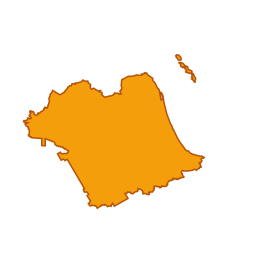 the district of Hinchinbrook, Queensland, Australia, rotated 324°
{"feature_id": "25037944B17459590153092", "entity_name": "Hinchinbrook", "entity_type": "district", "adm_level": 2, "iso_a3": "AUS", "parent_name": "Australia", "parent_adm1": "Queensland", "projection": "robinson", "projection_center": [146.068, -18.658], "detail": "fine", "context": "isolated", "style": "filled", "palette": "amber", "viewbox_px": 256, "rotation_deg": 324, "n_neighbors": 0, "source": "geoboundaries", "source_scale": "gbopen_adm2", "svg_char_len": 5772}
<svg xmlns="http://www.w3.org/2000/svg" viewBox="0 0 256 256"><g transform="rotate(324 128 128)"><path d="M47.3,61.4L47.6,61.7L47.5,62.5L47.8,63.2L49.9,64.8L47.0,64.5L46.8,66.2L47.9,68.5L47.3,69.0L47.4,69.9L46.7,70.3L47.0,71.3L46.8,72.2L45.0,74.0L44.4,75.3L43.9,75.4L43.3,75.1L43.0,75.8L43.7,78.1L44.5,78.2L44.4,79.3L52.1,85.8L47.9,91.5L50.6,93.8L54.7,88.0L59.8,95.7L60.0,97.0L59.2,98.7L59.7,99.6L60.0,100.9L60.9,101.5L61.1,102.3L61.7,102.5L61.9,103.0L62.3,103.2L62.4,103.8L64.1,105.0L63.8,106.0L64.1,106.3L64.2,107.3L64.8,107.4L64.7,108.0L65.2,108.5L65.8,110.3L66.5,111.3L65.9,112.2L65.3,112.1L64.7,112.5L64.0,112.6L63.9,112.8L58.9,109.6L59.1,107.8L55.8,107.4L55.0,114.8L57.2,115.1L57.3,115.6L58.0,116.2L57.8,117.3L60.4,117.6L57.2,151.0L56.9,151.0L56.9,151.5L55.8,151.5L55.8,152.5L55.3,152.9L55.0,154.0L55.8,154.9L56.6,155.0L57.1,155.9L57.4,156.5L57.1,157.1L57.2,158.4L55.6,158.8L55.2,158.6L54.7,163.8L55.0,164.4L54.8,164.9L53.7,165.4L53.5,165.7L52.3,165.8L51.7,165.6L51.4,166.0L51.6,166.4L51.3,168.3L52.1,169.2L53.5,169.2L53.7,169.7L54.8,170.5L55.5,171.6L56.2,171.9L56.0,174.9L60.1,175.1L60.8,175.4L61.1,174.7L62.5,175.3L62.5,175.6L63.0,175.9L63.3,176.5L64.1,176.1L64.7,177.1L65.1,178.1L65.1,179.5L67.3,180.2L68.3,181.4L69.2,180.5L70.5,180.3L71.0,179.8L71.3,179.8L71.0,183.2L86.6,185.0L87.2,179.1L89.2,180.1L89.6,180.1L89.6,179.9L90.2,179.5L91.6,181.0L92.0,181.1L91.8,181.8L91.9,182.7L92.8,183.2L93.0,183.9L93.3,184.1L95.7,183.7L96.8,184.3L98.1,184.5L98.3,184.8L99.0,184.7L100.5,182.8L100.8,183.6L102.6,185.8L102.6,188.4L101.8,189.3L101.4,190.2L103.3,191.0L104.2,192.1L104.4,193.1L106.0,194.2L106.5,194.0L106.8,193.6L106.7,192.5L107.2,192.1L108.2,193.0L109.1,193.3L110.2,194.2L111.2,193.5L111.6,193.7L112.5,193.6L113.2,192.0L113.6,192.3L114.5,191.7L114.8,190.6L115.0,190.6L116.4,191.3L116.9,191.9L117.0,192.7L118.2,193.0L118.7,194.1L118.4,194.7L118.6,195.1L118.8,195.2L119.3,194.7L119.8,195.4L120.2,195.5L120.9,194.9L121.4,194.8L121.8,195.5L123.3,196.9L125.2,197.7L125.8,197.5L126.3,196.6L127.1,196.7L127.1,196.1L128.8,195.3L129.8,195.3L130.1,195.0L130.8,195.4L131.9,195.3L132.4,196.1L133.2,196.1L133.6,196.4L134.0,196.3L134.2,195.6L134.9,195.1L135.6,196.1L135.7,196.7L136.1,196.6L137.3,197.4L137.2,197.6L137.6,197.5L137.7,198.4L138.1,198.7L138.7,198.7L138.9,199.2L139.8,198.9L140.9,199.3L141.2,199.0L143.3,200.4L144.4,200.5L144.1,199.9L144.4,198.9L144.2,198.5L145.1,197.0L144.5,196.3L145.2,195.3L146.9,194.2L147.8,195.5L150.2,197.4L155.3,200.1L157.2,200.4L157.8,200.7L158.7,202.5L159.4,202.1L161.0,202.3L161.9,202.6L162.9,201.8L163.3,202.3L164.3,202.6L164.4,201.6L165.1,200.0L164.8,199.0L165.0,198.2L165.5,198.0L166.4,198.8L166.9,198.9L168.5,198.0L168.5,196.6L169.0,196.2L170.3,196.2L171.3,196.8L172.3,196.6L170.9,193.8L169.8,193.4L168.1,191.0L166.7,189.9L166.0,188.2L165.0,187.6L163.5,184.4L163.5,182.9L163.1,181.7L162.3,181.4L161.6,178.6L161.8,177.8L161.6,170.1L162.3,164.1L163.8,156.0L163.9,155.5L163.6,155.2L163.8,154.3L164.3,153.8L164.8,151.3L164.7,150.2L167.5,139.9L171.8,129.1L175.3,122.1L175.8,119.3L175.5,118.7L174.8,120.4L174.7,121.8L173.6,124.2L172.5,125.0L171.3,124.8L171.4,123.7L172.3,122.7L173.1,120.6L175.4,116.3L175.7,114.9L175.6,113.9L175.4,113.8L175.5,111.5L176.4,107.5L175.9,103.8L177.1,102.8L177.0,101.6L176.6,101.0L176.3,99.4L175.0,96.2L175.0,95.7L175.5,95.0L175.5,94.6L174.4,93.9L174.4,93.3L173.4,93.1L173.3,93.6L172.4,93.5L171.0,92.5L171.0,92.8L170.1,93.4L169.0,92.4L167.6,91.7L166.0,89.9L163.8,89.5L161.7,88.5L158.7,86.4L156.3,85.9L154.2,85.9L151.6,85.2L150.3,86.3L147.3,89.9L146.5,92.0L144.9,93.3L144.2,92.9L142.9,93.7L143.0,95.0L142.0,95.4L142.2,96.3L141.7,95.9L141.2,95.9L140.6,95.2L140.5,94.1L138.1,92.5L137.8,91.8L137.1,92.3L136.4,92.2L135.3,92.6L133.3,92.1L131.2,90.9L129.2,90.4L128.7,89.9L127.7,89.8L126.7,88.1L126.7,87.0L126.3,86.5L126.8,85.6L126.6,85.1L127.5,84.6L127.8,83.9L127.0,82.7L126.1,82.2L126.7,81.3L127.4,81.3L126.9,80.9L126.1,80.8L125.3,80.1L125.0,78.9L124.6,78.5L123.9,76.0L123.0,75.4L121.6,75.5L121.1,74.7L121.5,72.6L122.0,72.4L123.3,70.7L122.7,69.4L122.4,68.0L123.1,66.6L123.0,66.3L121.3,65.4L119.9,63.4L119.8,62.7L116.9,63.2L115.0,62.2L114.2,62.1L111.7,60.6L111.1,61.6L110.6,61.3L110.4,60.7L108.7,59.3L106.9,60.4L106.1,59.9L105.8,59.5L104.9,59.8L103.3,59.5L102.7,60.2L101.9,60.2L101.1,60.8L99.1,60.8L98.6,61.3L97.2,61.7L96.4,61.2L95.4,61.6L92.4,61.0L89.2,53.4L86.2,54.9L85.4,54.7L84.8,55.1L83.6,56.5L82.0,57.1L80.7,58.7L80.7,59.4L79.8,60.4L78.5,61.3L78.2,61.8L76.8,62.4L75.8,63.6L75.0,63.7L74.3,64.3L73.7,63.8L73.7,63.0L72.9,62.4L72.5,62.5L72.4,63.1L71.2,63.0L71.1,63.5L69.2,63.9L67.9,63.9L67.2,63.6L65.3,64.0L64.0,63.0L63.2,63.5L63.1,64.2L62.4,64.2L61.0,63.4L60.2,61.9L60.7,61.2L61.0,59.1L60.2,58.8L60.2,58.3L59.6,57.3L59.2,56.9L58.8,57.1L58.6,56.8L58.2,56.9L57.8,57.5L58.2,58.9L56.7,59.3L56.3,59.9L55.4,59.9L55.6,60.4L55.2,60.7L55.5,61.4L55.3,61.8L55.7,62.4L55.7,62.7L55.0,63.3L54.0,63.0L52.9,61.0L52.6,60.9L52.4,61.5L51.3,62.2L50.6,62.0L50.1,62.3L48.2,60.8L47.3,61.4ZM207.6,116.9L209.0,118.8L209.5,118.9L209.8,119.8L210.8,120.7L211.2,121.7L210.8,123.3L210.1,123.6L209.9,124.1L209.3,124.3L209.5,125.4L209.1,126.1L208.3,125.9L208.9,128.1L208.7,130.1L208.9,130.3L209.3,130.3L209.7,130.0L209.7,129.2L211.0,128.5L212.0,127.4L212.1,126.9L211.9,125.4L212.3,124.4L212.1,123.3L212.7,122.9L212.2,121.0L212.2,120.3L213.0,119.9L213.0,119.0L211.3,116.3L211.3,115.3L211.9,114.5L211.8,113.7L212.2,113.3L210.7,111.0L210.6,108.6L209.5,106.3L207.8,104.9L207.5,105.4L208.1,107.2L207.0,108.7L207.1,109.5L207.7,111.3L208.6,111.7L209.0,111.3L209.8,111.9L210.1,112.9L208.8,113.6L209.2,116.1L208.8,116.6L207.7,116.4L207.6,116.9ZM212.3,101.9L212.0,99.1L210.6,97.5L209.3,97.5L208.9,97.9L208.9,99.0L208.6,99.5L208.9,100.7L208.6,102.5L210.1,103.7L211.3,103.9L211.4,103.3L212.3,101.9Z" fill="#f59e0b" stroke="#b45309" stroke-width="1.5"/></g></svg>